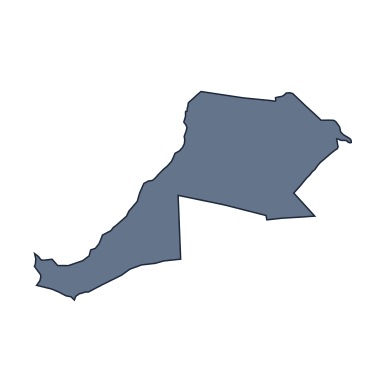 outline of Geisan, Blue Nile, Sudan, rotated 266°
{"feature_id": "16777658B89515248440242", "entity_name": "Geisan", "entity_type": "district", "adm_level": 2, "iso_a3": "SDN", "parent_name": "Sudan", "parent_adm1": "Blue Nile", "projection": "robinson", "projection_center": [34.705, 11.239], "detail": "fine", "context": "isolated", "style": "filled", "palette": "slate", "viewbox_px": 384, "rotation_deg": 266, "n_neighbors": 0, "source": "geoboundaries", "source_scale": "gbopen_adm2", "svg_char_len": 2181}
<svg xmlns="http://www.w3.org/2000/svg" viewBox="0 0 384 384"><g transform="rotate(266 192 192)"><path d="M159.4,312.7L161.6,311.0L180.7,295.9L183.8,293.4L190.4,300.2L197.9,307.3L200.5,310.4L203.9,313.5L205.4,315.5L206.0,316.3L206.8,316.9L209.8,319.3L212.7,322.3L215.9,326.7L216.8,327.9L220.5,332.8L224.2,338.3L224.9,339.9L226.9,340.9L228.6,340.6L234.1,340.1L234.6,340.1L234.9,340.0L234.9,340.3L234.4,342.0L233.6,343.2L233.4,343.5L233.2,344.1L233.0,345.1L232.9,346.9L232.7,348.5L232.5,349.5L230.6,351.5L230.0,353.3L230.3,354.3L231.9,354.4L233.6,353.8L235.1,352.1L237.4,348.7L239.1,346.5L241.5,344.5L243.0,344.3L246.6,343.8L249.1,342.3L252.2,340.3L253.6,338.4L254.1,334.0L254.3,330.4L254.6,325.8L255.2,325.2L258.8,321.9L260.7,320.2L269.8,311.5L283.1,299.4L283.4,298.8L283.5,298.5L283.7,297.7L284.1,296.9L284.1,296.5L284.2,294.9L284.1,292.8L282.4,290.9L281.1,288.4L281.0,287.2L280.8,285.2L280.3,281.9L277.4,281.9L276.7,281.3L277.4,278.4L277.6,277.6L279.6,265.7L282.3,249.8L291.6,208.0L287.9,203.0L287.8,202.9L286.0,200.7L283.9,198.0L282.6,196.3L282.2,195.8L281.7,195.1L281.4,194.7L281.1,194.6L280.4,194.4L279.2,194.1L277.6,193.9L276.1,193.1L274.6,192.9L273.2,192.9L272.4,191.3L272.5,191.2L272.1,191.1L267.9,190.8L265.2,189.8L262.3,188.7L259.1,190.7L256.6,191.5L252.7,190.2L248.0,188.1L244.2,188.4L240.5,187.7L236.9,185.5L233.9,182.3L233.2,180.9L231.8,177.8L227.4,175.6L224.0,173.7L219.4,169.0L217.1,165.7L216.5,165.0L211.2,159.0L208.2,156.1L206.3,153.3L206.0,149.3L203.9,144.6L194.8,139.8L186.4,136.7L177.3,127.7L172.4,125.0L166.9,117.8L163.8,113.8L162.2,111.1L159.2,108.6L155.3,99.7L151.4,97.9L146.9,95.7L142.5,91.6L141.3,86.9L135.4,84.9L131.1,78.2L127.2,63.6L128.0,52.9L134.7,47.7L134.3,40.3L134.5,37.8L135.1,36.3L136.4,35.6L138.4,34.3L141.5,30.7L136.1,31.5L131.0,30.7L128.8,29.6L120.0,35.2L117.9,35.2L114.3,34.2L109.7,30.5L105.1,44.9L101.7,51.8L97.2,59.1L95.9,64.0L92.4,67.1L96.1,68.8L98.4,72.6L98.7,74.9L99.6,78.2L99.5,81.8L105.3,94.9L114.0,116.0L119.3,124.5L122.8,136.6L123.4,150.4L125.2,159.1L125.8,176.0L189.6,177.9L177.1,222.6L163.4,264.2L159.0,264.7L159.6,280.4L159.4,296.7L159.4,311.1L159.4,311.4L159.4,312.7Z" fill="#64748b" stroke="#1e293b" stroke-width="1.5"/></g></svg>